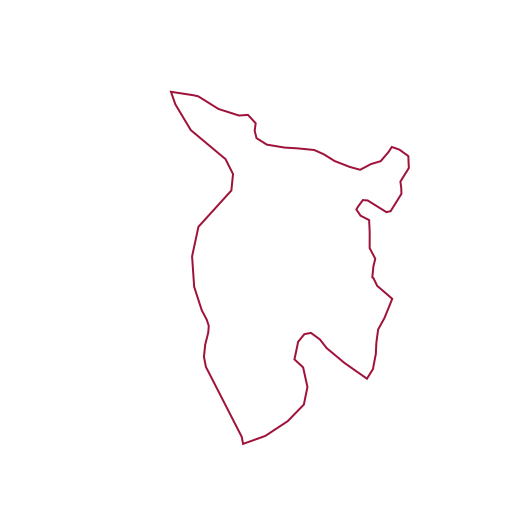 West Herzegovina, Robinson projection, rotated 32°
{"feature_id": "BIH-2227", "entity_name": "West Herzegovina", "entity_type": "Canton", "adm_level": 1, "iso_a3": "BIH", "parent_name": "Bosnia and Herzegovina", "parent_adm1": "", "projection": "robinson", "projection_center": [17.518, 43.363], "detail": "fine", "context": "isolated", "style": "outline", "palette": "rose", "viewbox_px": 512, "rotation_deg": 32, "n_neighbors": 0, "source": "natural_earth", "source_scale": "10m", "svg_char_len": 1369}
<svg xmlns="http://www.w3.org/2000/svg" viewBox="0 0 512 512"><g transform="rotate(32 256 256)"><path d="M276.5,379.1L272.4,376.7L265.3,369.1L259.9,358.1L256.1,346.3L253.0,340.3L248.1,336.2L238.8,330.8L219.9,314.9L202.0,290.2L191.7,261.7L200.4,213.5L193.1,198.7L178.8,190.0L134.0,183.8L107.2,170.1L96.9,161.8L117.8,152.8L122.4,151.2L146.3,151.2L167.1,145.9L174.4,140.6L185.4,143.6L188.5,150.5L194.0,155.8L206.2,155.8L222.8,148.9L233.8,142.9L249.1,135.3L259.5,133.8L272.3,133.8L288.2,130.8L298.6,127.7L304.8,117.1L311.5,109.5L313.3,97.4L313.4,91.6L315.8,91.0L321.3,89.8L331.5,90.5L332.3,90.6L335.4,95.2L339.0,100.4L339.0,111.0L339.0,116.3L343.3,121.6L346.4,126.2L346.4,137.5L346.4,146.7L345.1,147.9L343.3,149.7L336.6,149.7L326.8,149.7L321.3,149.7L317.9,151.5L317.0,151.9L316.4,159.5L316.4,163.3L322.8,166.2L323.1,166.4L325.8,166.2L332.9,165.6L339.7,175.4L348.2,189.1L358.6,195.1L361.1,202.7L366.0,212.5L367.3,212.5L374.6,217.1L394.2,220.1L396.0,230.0L397.3,237.8L397.8,240.6L398.4,251.7L398.5,253.6L404.0,265.7L408.4,273.6L409.5,275.5L410.2,277.4L415.1,289.9L415.1,301.3L413.7,301.2L387.5,299.8L374.5,298.0L364.8,296.7L354.4,292.9L343.3,292.1L338.4,296.7L337.2,306.6L338.6,310.2L343.4,323.3L344.5,323.5L355.0,325.5L369.1,339.9L369.9,342.1L375.3,356.6L370.4,379.3L359.2,403.7L344.6,422.2L339.7,416.9L276.5,379.1Z" fill="none" stroke="#9f1239" stroke-width="2"/></g></svg>